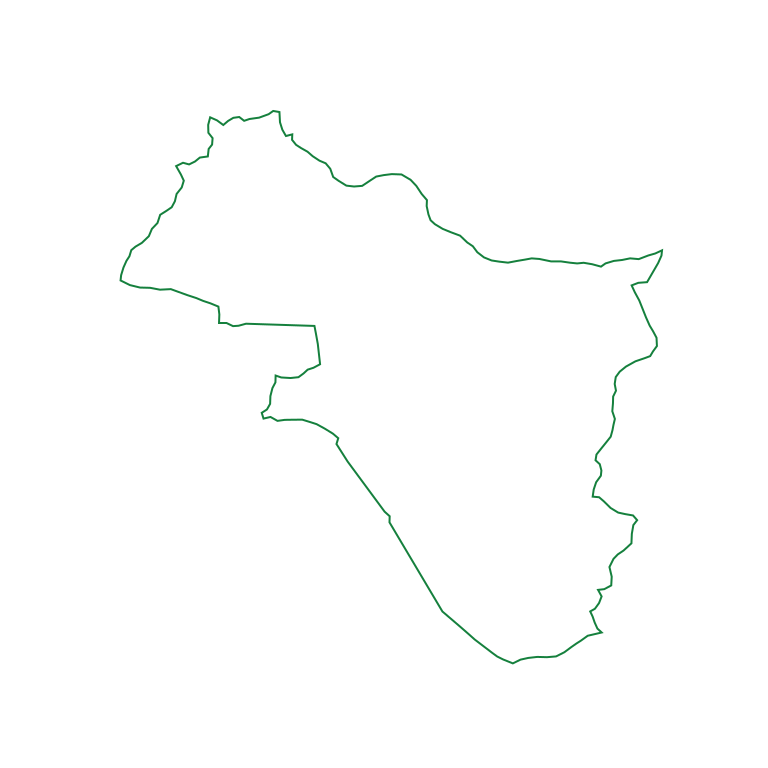 Aporá, Bahia, Brazil (Robinson projection), rotated 107°
{"feature_id": "56859067B48403270019390", "entity_name": "Aporá", "entity_type": "district", "adm_level": 2, "iso_a3": "BRA", "parent_name": "Brazil", "parent_adm1": "Bahia", "projection": "robinson", "projection_center": [-38.208, -11.75], "detail": "fine", "context": "isolated", "style": "outline", "palette": "green", "viewbox_px": 768, "rotation_deg": 107, "n_neighbors": 0, "source": "geoboundaries", "source_scale": "gbopen_adm2", "svg_char_len": 2998}
<svg xmlns="http://www.w3.org/2000/svg" viewBox="0 0 768 768"><g transform="rotate(107 384 384)"><path d="M558.0,103.2L555.5,108.4L550.5,112.8L545.4,116.5L541.2,120.3L537.3,116.6L530.6,114.3L523.5,113.8L518.3,119.1L515.8,113.4L510.2,107.8L501.7,109.9L493.1,114.9L484.1,113.4L478.6,110.6L473.2,106.2L464.0,100.8L454.8,103.2L446.0,104.3L440.2,102.1L436.9,107.4L437.9,115.3L438.5,122.5L436.3,131.1L431.9,139.5L429.4,145.2L430.7,151.5L423.6,152.6L415.9,152.4L408.3,149.8L403.2,150.8L397.6,154.2L395.1,159.4L389.3,160.2L382.2,157.4L374.5,154.3L368.1,151.8L361.4,152.0L356.0,152.6L349.9,153.0L343.3,157.7L335.5,159.4L329.0,161.2L322.6,160.2L316.5,163.4L309.6,164.4L303.3,162.2L296.6,157.7L288.8,150.2L283.1,142.3L279.5,137.6L274.2,136.3L267.9,134.1L260.1,136.9L254.9,142.1L250.5,147.0L243.6,153.0L236.1,159.0L229.5,164.3L222.9,171.0L217.3,176.0L212.9,170.4L209.7,162.2L188.2,157.2L180.1,156.2L174.9,157.2L179.9,162.8L183.8,168.8L190.1,176.9L191.9,185.4L195.8,192.6L199.1,200.2L203.9,207.4L208.3,210.8L208.6,220.0L209.7,228.5L212.2,234.5L213.6,241.5L215.0,250.5L217.9,260.0L219.0,272.0L220.7,279.5L223.8,285.5L227.5,292.9L231.7,300.9L233.3,309.6L234.4,317.2L233.7,325.4L230.7,333.3L226.3,339.3L224.3,345.8L219.9,354.6L219.3,364.6L218.5,373.2L216.3,382.0L213.8,387.3L208.8,391.1L201.4,395.2L195.6,396.7L191.2,403.6L185.1,411.0L181.0,418.2L178.5,428.5L181.0,437.9L184.3,445.3L187.9,452.1L193.7,456.9L200.9,462.8L203.9,470.4L205.3,478.0L203.0,486.7L200.9,493.1L193.9,498.3L190.0,504.3L189.3,511.0L187.0,518.8L184.2,525.1L182.6,532.4L181.0,538.0L177.4,543.3L172.1,544.7L175.5,550.3L170.5,555.6L164.1,560.0L154.5,563.5L155.3,569.8L159.7,573.2L165.8,581.3L169.9,590.1L173.2,594.7L171.0,600.5L173.5,605.9L178.0,610.0L183.3,613.4L180.7,620.8L179.8,628.2L187.6,627.9L195.1,625.4L199.0,619.8L205.3,618.4L210.5,620.4L217.9,619.0L221.3,626.3L226.5,629.8L231.0,634.6L231.2,640.9L236.4,646.5L243.0,639.5L248.1,634.9L255.2,634.9L262.9,637.9L270.4,637.4L277.0,638.7L281.8,642.5L287.6,647.5L296.3,647.7L303.5,651.3L311.4,652.1L319.8,656.8L325.3,661.8L329.9,664.8L336.3,664.8L341.5,666.3L348.8,667.2L356.8,667.2L362.0,666.2L363.7,655.9L363.1,645.5L360.4,635.8L359.3,625.8L355.6,615.6L356.0,608.1L356.5,598.1L356.7,588.5L357.4,581.3L357.6,573.6L358.4,565.0L365.6,561.8L373.9,559.6L371.7,552.5L372.8,545.3L370.8,540.1L366.7,533.6L348.8,467.5L355.4,464.0L365.1,459.0L383.8,450.9L389.1,456.2L392.6,461.2L397.4,464.0L402.5,467.8L405.6,475.1L407.8,484.2L407.6,490.1L414.2,488.3L420.5,489.5L428.8,489.1L436.3,487.1L442.6,488.5L447.3,492.5L452.3,489.1L448.7,482.9L450.4,475.1L447.3,468.4L445.3,462.2L442.0,451.8L442.0,443.3L442.1,436.7L444.0,427.6L446.4,418.4L449.2,411.9L455.3,411.9L468.8,396.1L505.9,346.1L508.8,339.9L514.7,338.3L584.5,261.6L594.4,238.9L598.8,229.1L601.8,222.6L609.4,202.1L611.5,196.1L612.6,189.5L613.5,179.1L607.7,172.9L603.8,166.0L600.2,157.7L597.6,148.3L594.2,139.8L587.8,133.1L581.0,128.1L575.9,124.1L571.8,120.6L565.2,115.6L560.8,108.0L558.0,103.2Z" fill="none" stroke="#15803d" stroke-width="2"/></g></svg>